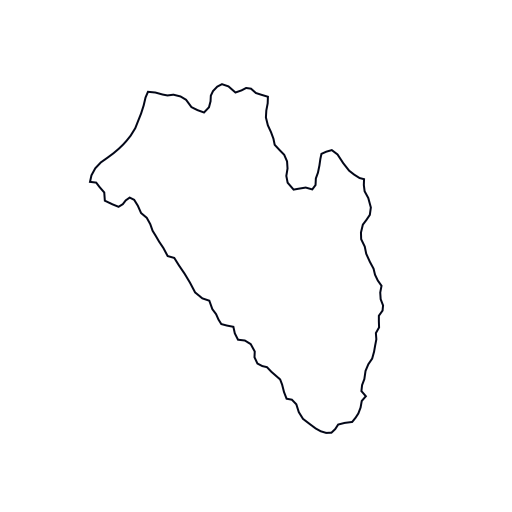 Sobrália, Minas Gerais, Brazil, rotated 339°
{"feature_id": "56859067B26696548146708", "entity_name": "Sobrália", "entity_type": "district", "adm_level": 2, "iso_a3": "BRA", "parent_name": "Brazil", "parent_adm1": "Minas Gerais", "projection": "robinson", "projection_center": [-42.144, -19.225], "detail": "fine", "context": "isolated", "style": "outline", "palette": "ink", "viewbox_px": 512, "rotation_deg": 339, "n_neighbors": 0, "source": "geoboundaries", "source_scale": "gbopen_adm2", "svg_char_len": 2169}
<svg xmlns="http://www.w3.org/2000/svg" viewBox="0 0 512 512"><g transform="rotate(339 256 256)"><path d="M316.8,185.6L318.9,178.8L318.6,171.6L316.0,165.6L313.3,158.9L314.3,152.8L314.4,145.8L313.9,138.2L314.9,130.2L317.8,123.8L321.6,117.7L324.2,111.6L318.9,107.5L314.3,103.8L311.3,98.0L307.0,95.6L301.9,96.2L295.4,96.0L291.1,87.8L285.8,83.4L280.5,84.0L275.0,86.6L271.3,90.1L269.0,95.3L265.4,100.3L258.9,103.4L253.6,98.8L249.1,93.9L246.7,85.1L242.7,80.0L236.7,75.8L230.9,74.4L226.7,71.8L220.6,67.3L214.0,64.0L209.7,68.4L205.0,75.3L199.7,81.9L194.7,87.3L189.1,93.4L182.0,98.8L176.5,102.0L172.0,104.3L166.6,106.6L159.8,109.0L152.6,111.0L144.7,113.0L137.4,116.5L131.3,121.7L127.6,127.3L133.1,130.2L134.6,135.4L137.1,142.3L134.7,150.2L140.4,156.2L145.3,160.8L150.2,159.9L154.3,157.4L159.0,156.2L162.4,159.9L163.7,166.7L164.1,174.7L167.7,181.2L168.7,188.4L168.5,195.4L169.6,201.2L170.7,207.9L172.4,215.4L173.5,224.4L179.0,228.5L180.7,237.2L183.0,247.0L184.8,257.2L186.1,268.2L190.7,276.3L196.4,281.0L196.2,290.0L197.9,296.0L198.2,301.9L199.2,307.1L203.9,310.5L209.5,314.0L208.5,320.6L209.2,327.7L215.3,330.9L219.5,336.4L220.6,344.7L218.3,350.0L218.8,356.9L222.4,361.0L226.4,363.7L228.9,369.7L231.7,375.0L234.3,379.9L234.3,385.4L233.4,393.0L233.4,400.2L238.0,403.0L240.5,408.9L240.0,417.1L241.5,424.9L246.3,432.7L249.9,438.4L253.6,442.8L258.1,446.3L263.1,448.0L267.9,446.0L272.3,442.8L279.0,443.6L286.3,445.4L291.1,442.6L295.1,439.7L299.3,435.0L302.8,429.2L308.3,426.3L306.0,419.9L308.8,414.5L313.0,409.8L317.1,402.5L322.1,397.3L327.7,393.4L331.9,387.7L335.2,382.2L338.5,376.9L340.3,370.9L345.3,366.8L347.3,361.0L349.3,355.8L354.6,352.3L356.9,347.7L356.9,341.0L358.9,334.6L362.5,328.8L360.9,322.5L360.4,316.1L361.2,310.0L360.2,302.1L359.7,293.4L360.9,286.2L360.2,278.0L362.4,271.7L367.0,265.0L372.0,261.9L377.0,258.4L380.6,251.9L381.6,242.1L380.6,234.5L382.1,228.4L384.4,223.0L380.6,220.3L376.8,215.2L373.5,209.7L370.7,200.6L368.5,190.4L364.7,184.3L359.0,183.8L353.7,184.1L350.9,188.4L347.6,194.3L343.7,200.4L339.7,205.0L337.0,211.1L332.4,214.0L326.9,209.9L319.6,208.4L314.9,207.5L311.8,198.9L313.0,192.1L316.8,185.6Z" fill="none" stroke="#020617" stroke-width="2"/></g></svg>